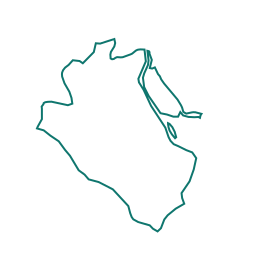 the District of Lisboa, rotated 299°
{"feature_id": "PRT-746", "entity_name": "Lisboa", "entity_type": "District", "adm_level": 1, "iso_a3": "PRT", "parent_name": "Portugal", "parent_adm1": "", "projection": "robinson", "projection_center": [-9.064, 38.994], "detail": "fine", "context": "isolated", "style": "outline", "palette": "teal", "viewbox_px": 256, "rotation_deg": 299, "n_neighbors": 0, "source": "natural_earth", "source_scale": "10m", "svg_char_len": 1747}
<svg xmlns="http://www.w3.org/2000/svg" viewBox="0 0 256 256"><g transform="rotate(299 128 128)"><path d="M204.6,104.4L194.9,111.3L176.1,113.2L173.2,115.5L169.0,123.1L158.5,137.5L146.4,160.5L139.7,167.9L137.4,171.4L136.0,175.8L136.5,180.8L136.9,189.7L137.8,196.0L134.7,202.3L123.6,205.6L111.2,207.7L97.0,206.4L93.0,209.3L89.0,213.9L80.5,208.8L70.9,205.0L65.6,204.1L56.3,205.4L51.9,204.0L52.0,198.7L53.4,194.2L50.7,182.6L50.7,176.9L51.9,174.4L54.5,171.3L59.9,166.1L67.0,144.5L66.5,128.5L64.0,118.5L66.2,112.6L67.1,105.4L75.6,90.7L78.3,83.6L82.8,73.9L83.7,63.8L85.1,55.4L83.5,48.6L85.6,48.4L94.0,48.4L103.2,43.3L104.9,42.1L107.8,42.5L108.9,42.2L110.4,43.1L112.1,45.3L113.9,48.3L118.8,64.4L122.3,67.5L126.9,64.0L131.3,59.1L136.3,50.8L141.0,45.5L143.1,44.1L144.6,43.5L147.1,43.2L150.3,43.7L154.4,45.5L160.5,46.9L163.1,53.2L162.7,57.1L177.8,61.3L186.5,58.8L188.3,62.7L199.2,72.9L196.1,75.6L192.7,76.5L186.2,76.2L183.6,77.0L180.4,79.1L180.4,80.7L181.5,82.1L183.3,83.0L184.7,84.1L186.3,87.5L187.4,89.1L193.7,94.6L195.1,95.6L199.6,97.4L201.0,98.4L201.9,99.5L202.8,100.8L204.6,104.4ZM171.8,186.0L171.8,184.3L169.6,180.8L167.0,175.5L165.7,170.1L167.3,166.0L162.2,166.3L159.9,162.1L158.7,155.6L156.7,149.3L166.0,130.6L171.6,122.3L179.2,116.7L183.6,115.7L192.9,114.9L197.1,113.2L204.9,107.6L205.3,109.0L204.8,110.0L203.5,110.7L199.1,115.8L191.0,118.0L191.7,120.3L194.0,122.1L189.7,128.1L188.7,130.8L186.6,133.5L184.4,138.0L176.9,157.5L173.6,163.3L172.1,165.4L168.9,168.6L168.8,171.9L172.7,176.4L173.5,177.5L174.4,179.3L176.0,185.4L174.2,185.3L171.8,186.0ZM150.3,161.5L151.6,160.7L151.7,162.4L150.2,166.4L147.3,170.7L143.3,174.6L141.9,174.1L143.7,169.5L145.9,165.6L148.3,163.1L149.7,162.0L150.3,161.5Z" fill="none" stroke="#0f766e" stroke-width="2"/></g></svg>